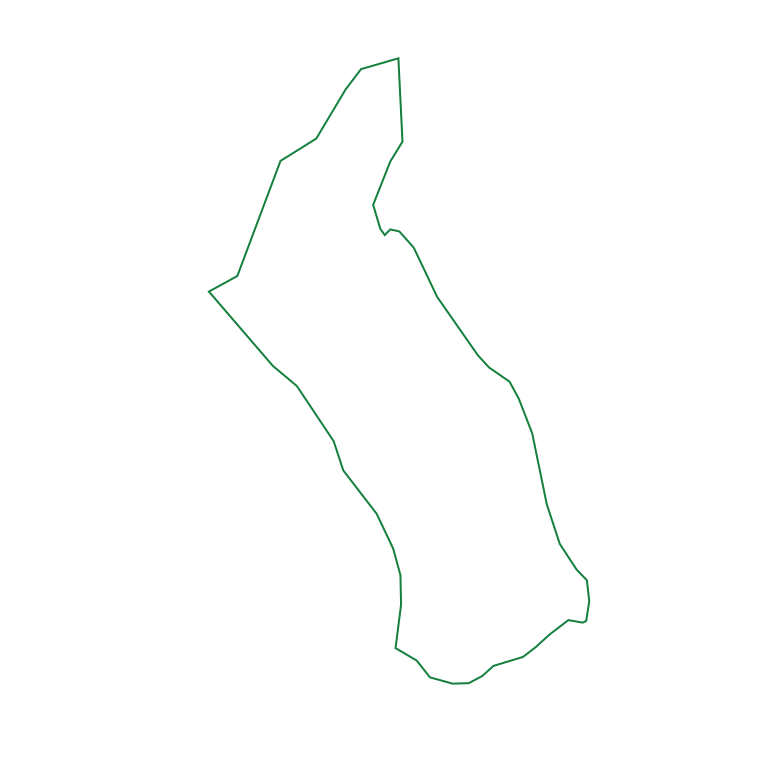 map outline of Pivka (Equal Earth projection), rotated 255°
{"feature_id": "SVN-977", "entity_name": "Pivka", "entity_type": "Statistical Region", "adm_level": 1, "iso_a3": "SVN", "parent_name": "Slovenia", "parent_adm1": "", "projection": "equal_earth", "projection_center": [14.213, 45.688], "detail": "fine", "context": "isolated", "style": "outline", "palette": "green", "viewbox_px": 768, "rotation_deg": 255, "n_neighbors": 0, "source": "natural_earth", "source_scale": "10m", "svg_char_len": 734}
<svg xmlns="http://www.w3.org/2000/svg" viewBox="0 0 768 768"><g transform="rotate(255 384 384)"><path d="M518.6,238.8L526.3,270.3L626.3,341.8L638.6,382.1L678.4,423.1L694.1,443.3L694.9,482.2L613.4,464.6L597.2,447.6L559.9,419.9L534.8,420.6L527.7,423.3L531.7,430.1L527.4,438.3L508.1,448.0L454.3,457.9L387.7,482.0L372.8,489.7L353.7,505.9L334.8,510.4L298.0,514.4L225.8,510.1L184.1,512.4L154.6,522.1L141.9,529.2L120.9,526.0L102.7,517.9L102.1,514.1L108.2,501.0L99.2,479.1L90.5,462.3L84.4,447.6L83.4,416.8L76.5,403.3L73.1,388.4L76.8,372.7L88.7,352.5L108.4,344.0L125.9,326.8L166.5,343.4L195.1,350.4L222.4,350.3L260.6,343.3L311.0,322.3L341.7,320.6L404.6,299.3L430.3,281.3L518.6,238.8Z" fill="none" stroke="#15803d" stroke-width="2"/></g></svg>